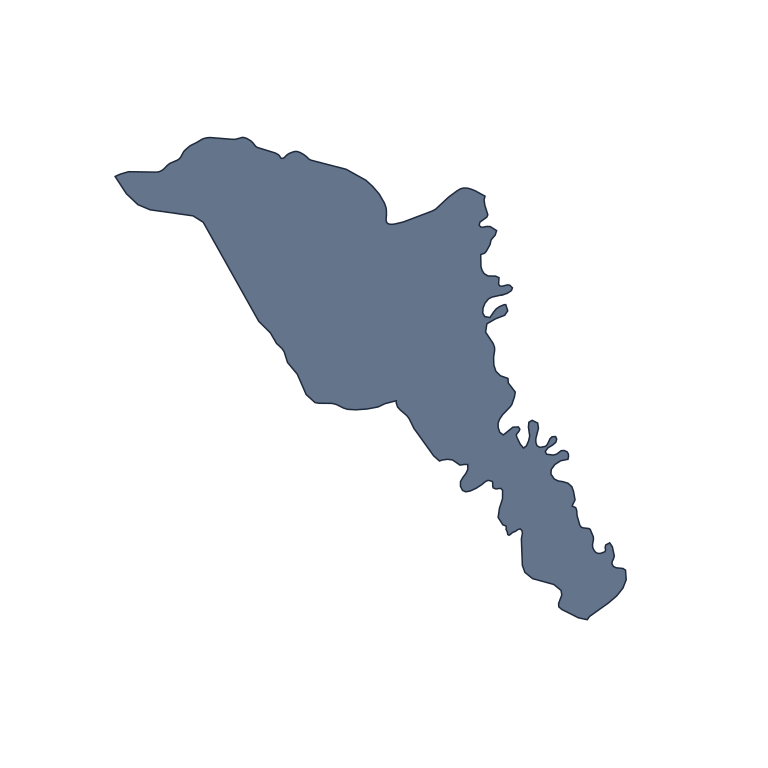 Chernivtsi, Mercator projection, rotated 67°
{"feature_id": "UKR-288", "entity_name": "Chernivtsi", "entity_type": "Region", "adm_level": 1, "iso_a3": "UKR", "parent_name": "Ukraine", "parent_adm1": "", "projection": "mercator", "projection_center": [26.206, 48.196], "detail": "fine", "context": "isolated", "style": "filled", "palette": "slate", "viewbox_px": 768, "rotation_deg": 67, "n_neighbors": 0, "source": "natural_earth", "source_scale": "10m", "svg_char_len": 4294}
<svg xmlns="http://www.w3.org/2000/svg" viewBox="0 0 768 768"><g transform="rotate(67 384 384)"><path d="M476.6,363.0L469.5,366.4L440.5,372.9L436.7,373.8L425.8,374.4L421.9,375.4L414.3,379.2L410.4,380.5L406.1,380.1L404.2,379.3L402.5,390.7L402.8,398.5L400.4,409.4L396.7,420.1L393.1,427.4L390.3,430.7L384.3,435.8L381.5,439.5L376.4,451.2L374.2,454.7L363.3,459.8L358.0,459.8L341.1,460.0L326.5,464.4L315.5,463.3L311.6,464.0L304.7,467.1L292.6,468.6L277.4,474.8L164.5,487.2L154.6,494.1L132.3,531.2L122.7,540.5L108.2,546.8L91.0,549.9L87.9,550.4L87.8,546.2L87.8,544.5L88.7,536.7L89.0,535.6L99.8,511.3L100.7,508.5L100.7,507.1L100.7,505.8L100.5,504.4L100.2,503.2L99.8,502.1L98.0,497.8L97.4,495.5L97.2,494.2L97.2,486.9L97.0,485.6L96.7,484.4L96.2,483.4L95.7,482.4L92.2,478.1L91.6,477.1L91.1,476.1L89.2,470.4L88.8,467.9L88.5,462.3L87.6,455.9L87.6,454.5L87.7,453.4L88.3,450.3L89.2,447.7L99.5,428.0L100.7,425.2L101.5,419.2L101.7,417.8L102.7,416.2L104.4,414.3L108.2,411.5L110.6,410.5L114.9,409.3L115.9,408.8L116.8,408.1L128.7,394.0L131.1,392.0L133.1,391.0L134.5,390.9L135.8,390.6L136.5,389.7L136.8,388.1L136.4,386.9L135.5,384.6L135.1,383.5L134.9,382.3L134.7,380.9L134.8,378.0L134.9,376.5L135.2,375.1L135.6,373.9L136.6,372.4L138.2,370.7L141.6,368.1L144.9,366.3L147.5,365.3L149.4,363.8L171.6,334.9L189.3,321.1L197.8,317.2L207.2,314.2L217.6,312.9L222.3,313.2L225.0,313.9L229.7,315.8L231.9,317.1L234.0,318.0L235.2,318.3L236.6,318.3L237.8,317.7L238.9,316.7L240.0,314.6L240.9,311.8L242.4,302.9L243.6,272.0L243.3,268.3L237.2,251.5L234.8,241.6L234.2,237.5L234.4,236.0L234.7,234.1L236.0,231.3L237.0,229.7L239.2,227.1L242.0,224.4L250.6,217.6L253.5,219.9L258.7,221.3L268.8,222.3L270.6,224.2L272.5,232.5L275.1,234.4L277.6,233.4L278.5,230.9L279.1,227.8L280.6,224.7L286.8,220.4L290.4,223.5L293.2,229.1L297.2,232.0L302.0,238.2L302.9,240.4L302.7,243.5L302.8,244.5L314.0,248.9L317.8,249.3L321.5,248.7L325.2,246.0L328.3,239.1L331.1,236.6L336.7,239.4L338.9,239.2L340.1,237.3L341.0,231.6L342.1,229.7L345.7,228.2L347.8,230.2L348.7,234.9L348.3,241.5L348.3,239.2L346.2,250.7L346.5,254.6L349.1,259.5L352.7,263.1L357.2,265.4L361.3,264.9L364.2,260.5L360.6,255.0L358.7,251.4L357.9,247.5L357.9,242.5L358.5,240.9L365.0,241.5L367.9,246.0L367.6,255.9L368.8,265.8L376.0,270.2L389.3,267.7L393.4,267.9L396.3,269.0L402.1,272.6L409.5,275.5L416.1,276.0L421.9,273.6L427.3,267.7L431.6,269.2L442.7,266.3L446.9,269.0L452.9,274.4L454.5,277.1L458.6,286.8L461.6,291.4L464.7,294.3L468.6,295.9L473.8,296.3L477.5,294.0L474.1,282.2L476.0,277.1L478.7,276.6L480.4,278.4L481.5,280.7L482.5,282.1L484.9,282.5L492.6,282.1L497.5,280.6L496.6,277.1L492.8,273.1L488.8,270.2L480.1,267.9L475.8,265.6L475.3,261.8L480.0,257.8L485.1,259.1L493.5,265.5L496.9,267.0L500.5,267.3L503.3,265.2L504.5,259.5L503.5,257.3L499.2,252.5L498.2,249.9L499.4,246.6L502.1,246.5L504.8,248.6L506.0,252.2L506.9,258.1L509.1,261.9L512.2,261.8L515.6,255.8L516.0,252.3L514.6,247.0L515.6,244.1L517.9,242.0L520.3,241.6L522.8,242.4L525.2,244.1L523.7,251.3L524.9,258.2L528.0,263.4L532.1,265.5L538.0,264.4L541.3,261.5L543.7,257.6L547.2,253.4L551.9,251.2L556.9,251.5L565.3,253.4L568.5,257.1L569.9,258.4L570.9,257.8L571.8,256.5L573.2,255.8L576.0,256.1L580.6,257.7L590.6,258.9L592.8,258.4L594.3,256.8L597.0,252.0L598.3,251.0L606.3,251.0L608.7,251.8L613.8,255.1L616.6,255.8L619.2,255.6L621.5,255.0L623.3,253.6L624.5,251.0L624.7,246.2L623.3,244.8L621.0,244.4L618.8,242.8L618.4,238.3L623.1,237.4L632.3,239.2L634.6,241.0L636.4,243.1L638.6,244.5L641.6,244.1L643.9,242.1L647.1,236.2L649.7,234.4L658.8,237.5L665.3,243.9L670.0,252.6L673.3,263.1L678.3,285.7L680.4,289.0L675.2,296.4L661.2,308.3L657.4,310.2L654.2,309.0L647.7,302.8L643.2,301.7L634.9,306.0L622.5,321.7L621.2,323.3L612.5,327.9L605.0,327.5L580.3,318.1L575.6,315.0L573.1,314.3L570.6,315.2L570.3,317.7L571.0,320.7L570.9,323.0L571.1,324.3L571.8,326.3L572.1,328.0L570.9,328.9L568.1,328.3L565.6,328.5L564.0,327.5L562.3,327.3L560.1,329.6L551.4,331.1L543.5,326.3L536.0,319.8L528.3,316.4L525.8,317.2L525.0,319.4L524.4,321.9L522.4,324.0L520.8,324.0L517.0,322.4L515.7,322.6L513.3,325.9L513.5,329.0L514.8,333.2L516.0,339.9L516.2,346.4L515.2,350.9L512.6,353.3L508.0,353.6L503.7,351.7L500.9,348.0L498.4,343.7L495.3,340.2L490.8,338.4L489.5,341.3L488.3,345.8L480.7,350.6L478.2,354.8L476.7,360.2L476.6,363.0Z" fill="#64748b" stroke="#1e293b" stroke-width="1.5"/></g></svg>